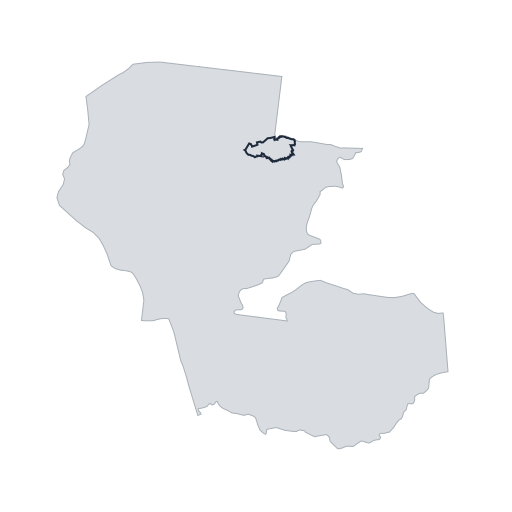 Manyinga, North-Western, Zambia shown in context, rotated 97°
{"feature_id": "96606910B15136159078795", "entity_name": "Manyinga", "entity_type": "district", "adm_level": 2, "iso_a3": "ZMB", "parent_name": "Zambia", "parent_adm1": "North-Western", "projection": "equal_earth", "projection_center": [24.317, -13.081], "detail": "fine", "context": "in_parent", "style": "outline", "palette": "slate", "viewbox_px": 512, "rotation_deg": 97, "n_neighbors": 0, "source": "geoboundaries", "source_scale": "gbopen_adm2", "svg_char_len": 8353}
<svg xmlns="http://www.w3.org/2000/svg" viewBox="0 0 512 512"><g transform="rotate(97 256 256)"><path d="M334.0,361.8L313.5,361.9L306.0,364.1L299.9,367.4L292.5,372.5L288.3,376.1L287.1,378.1L286.5,382.5L286.5,389.2L285.7,394.1L283.4,398.6L272.3,404.0L265.0,408.4L257.9,413.6L252.5,420.4L248.7,428.7L242.6,438.9L229.7,457.3L222.3,460.7L216.2,459.9L208.7,456.1L202.8,455.4L198.4,457.8L194.3,457.0L190.6,453.2L187.5,451.8L185.0,452.8L181.8,452.6L175.9,450.5L170.8,444.0L168.0,441.3L165.9,440.2L159.8,439.2L145.8,437.7L131.2,440.9L118.4,444.2L105.3,429.6L92.7,414.2L90.1,410.2L85.3,405.1L81.9,402.5L80.6,401.3L77.1,387.5L75.2,374.8L74.7,252.2L132.4,252.2L136.1,251.7L136.2,250.4L133.6,243.8L133.7,241.5L134.4,237.0L137.0,228.1L137.1,225.2L135.9,215.4L136.1,210.0L136.7,199.1L136.3,195.3L137.7,190.4L138.1,187.1L138.7,185.7L138.0,182.0L136.8,168.9L136.2,163.4L139.6,164.3L140.8,166.9L141.4,169.9L143.0,170.0L147.1,171.8L148.6,174.2L149.5,179.5L148.9,182.1L147.6,184.3L148.9,186.2L151.7,187.5L153.3,187.1L157.9,183.5L162.2,182.2L164.4,181.3L174.0,178.9L175.9,177.7L177.2,177.7L178.1,178.7L177.3,182.4L177.0,185.7L178.2,191.9L179.1,194.8L181.0,196.9L182.5,198.0L184.1,200.2L187.4,199.9L194.7,203.0L196.9,204.5L200.0,206.0L202.2,206.5L209.7,207.6L217.7,209.4L221.8,209.5L224.7,209.1L226.8,208.2L228.0,207.2L228.6,206.3L231.7,194.5L233.2,193.6L235.2,193.0L236.3,194.1L237.6,201.5L243.3,208.2L245.2,213.9L246.7,218.7L247.9,220.0L250.1,221.7L253.6,222.2L256.7,222.4L272.1,230.6L273.8,232.1L275.7,236.5L276.8,241.5L278.0,245.4L280.0,246.1L281.8,246.4L283.5,249.1L284.9,251.4L289.4,261.1L290.0,265.0L292.2,267.5L295.2,268.6L298.0,268.8L299.6,267.6L303.6,265.6L306.7,263.3L308.9,262.5L310.3,263.0L311.3,264.6L311.9,269.4L314.1,271.1L315.7,270.4L316.3,268.5L316.4,267.6L316.7,217.0L315.3,217.4L313.5,218.8L309.4,219.0L307.8,220.0L307.3,221.7L307.6,223.8L307.7,226.6L307.1,228.0L305.3,228.5L302.7,227.4L298.0,226.0L294.0,225.1L291.3,221.3L287.5,215.6L285.0,212.7L279.0,206.7L278.0,205.5L276.2,202.7L274.6,198.0L273.1,192.5L272.3,189.0L273.8,183.6L277.4,166.0L278.3,160.5L281.2,155.0L281.5,150.0L280.3,143.6L280.6,140.1L281.1,119.9L280.4,113.5L278.4,106.5L274.1,96.6L274.1,94.5L280.9,88.1L282.9,85.7L286.4,80.5L288.8,76.1L290.3,72.5L290.8,67.9L289.7,63.5L292.0,62.7L347.5,51.3L348.3,54.3L350.0,59.3L351.8,63.0L354.2,66.3L356.2,68.2L357.6,68.8L366.1,68.6L369.2,70.6L371.8,73.1L372.4,76.9L374.2,79.4L376.1,81.3L376.9,81.5L378.3,81.0L380.6,81.0L382.7,81.8L383.7,82.7L383.8,85.9L384.4,87.4L387.3,87.9L390.2,88.2L393.0,90.4L396.1,90.8L399.6,91.7L401.3,94.0L405.0,96.4L409.6,98.6L414.7,102.2L414.8,103.3L415.6,105.4L416.5,106.9L416.6,109.1L417.0,111.2L418.3,111.7L419.3,111.8L420.4,110.3L421.7,110.4L423.2,111.3L423.7,113.7L424.8,116.9L426.7,119.1L427.9,121.2L427.4,125.1L426.6,128.6L429.1,132.0L432.4,135.3L433.3,136.8L433.5,141.7L434.0,143.4L436.2,147.4L437.3,150.1L437.2,151.7L431.1,159.7L427.3,161.0L425.7,162.6L424.7,164.3L427.0,172.4L428.3,175.4L427.1,179.2L424.7,185.7L423.6,186.2L423.3,191.1L424.0,192.9L425.2,194.3L425.6,197.6L425.5,205.9L423.8,215.2L426.5,223.4L427.4,224.3L431.1,224.3L431.8,225.0L430.8,227.3L428.2,230.9L423.3,233.7L416.4,236.8L415.0,239.8L414.0,244.0L414.7,246.6L415.6,248.0L415.3,251.8L414.7,255.7L414.8,258.8L414.5,261.6L413.6,262.9L412.3,267.0L410.8,271.2L409.6,273.1L407.8,275.1L405.1,276.7L405.1,277.6L408.2,279.5L409.0,280.8L409.2,281.7L407.9,283.8L409.3,285.1L411.1,286.2L412.7,288.9L414.5,294.1L414.8,294.7L415.3,294.7L416.4,294.2L418.3,292.1L419.7,291.3L421.3,294.3L392.4,307.2L385.7,309.8L375.6,314.3L372.3,316.0L369.7,317.7L342.9,327.7L338.7,329.7L329.2,334.8L328.9,335.7L329.0,338.0L329.8,342.8L331.4,347.2L332.7,349.7L333.6,356.2L334.0,361.8Z" fill="#d9dde1" stroke="#a8b0b8" stroke-width="1"/><path d="M145.1,276.4L145.1,276.5L151.7,279.4L152.2,280.2L152.6,279.5L152.9,279.1L154.2,278.4L155.2,277.7L155.6,276.9L156.3,276.3L156.5,275.5L156.5,275.2L156.3,274.4L156.4,273.8L156.7,273.5L156.8,273.2L157.0,272.8L157.1,271.3L157.2,270.9L157.4,270.3L158.1,269.2L157.8,268.7L157.4,268.2L157.0,267.1L156.9,266.8L156.5,266.8L156.2,266.9L156.3,263.2L156.1,263.5L155.6,263.6L155.4,263.4L155.0,262.8L154.6,262.8L154.0,262.7L154.3,262.1L154.3,261.9L154.1,261.4L154.1,261.1L153.9,261.0L153.7,261.2L153.8,260.8L153.8,260.7L154.0,260.6L154.4,260.6L154.8,260.1L155.1,259.9L155.3,259.8L155.6,259.9L155.8,259.9L155.5,259.3L155.8,259.0L155.9,258.6L156.1,258.2L156.7,257.7L156.9,257.7L156.9,257.4L157.0,257.3L157.3,257.3L157.5,257.2L157.3,256.7L157.1,256.5L157.2,256.4L157.1,256.1L156.8,256.1L156.9,255.9L157.0,255.9L156.9,255.7L156.9,255.4L157.0,255.4L157.0,255.2L157.2,255.3L157.1,255.2L157.3,255.1L157.5,254.9L157.4,254.6L157.5,254.5L157.6,254.4L157.6,254.2L157.7,254.4L157.8,254.3L157.9,254.2L158.1,254.1L158.3,253.8L158.2,253.6L158.2,253.4L158.3,253.3L158.2,253.2L158.4,253.0L158.4,252.7L158.5,252.7L158.6,252.8L158.7,252.7L158.8,252.7L159.0,252.8L159.1,252.6L159.3,252.6L159.3,252.4L159.4,252.0L159.4,251.8L159.3,251.7L159.5,251.6L159.7,251.8L159.8,252.0L159.9,251.9L160.0,251.7L159.7,251.4L159.7,250.9L159.6,250.5L159.7,250.4L159.7,250.2L159.8,250.4L160.0,250.4L159.7,250.0L159.5,249.9L159.6,249.1L159.8,248.9L159.5,248.7L159.3,248.3L159.4,248.0L159.2,247.8L159.3,247.4L159.2,247.4L158.8,247.4L158.7,246.9L158.8,246.6L158.6,246.2L158.7,245.9L158.5,245.7L158.4,245.5L158.1,245.2L157.8,245.6L157.9,245.3L157.7,245.2L157.7,244.9L157.6,244.7L157.7,244.9L157.8,244.8L157.6,244.5L157.6,244.4L157.4,244.3L157.5,244.1L157.5,243.9L157.6,243.7L157.3,243.5L157.3,243.3L157.2,243.3L157.0,243.2L157.3,243.0L157.2,242.5L157.2,242.4L156.8,242.2L157.0,241.9L156.8,241.7L156.7,241.3L156.6,241.1L156.4,241.1L156.5,240.9L156.7,241.1L156.7,240.7L156.4,240.4L156.5,240.3L156.5,240.0L156.6,239.9L156.7,239.7L156.4,239.6L156.6,239.4L156.4,239.2L156.4,239.4L156.2,239.2L156.1,239.3L156.0,239.2L156.0,238.7L155.9,238.7L156.0,238.6L156.0,238.4L155.8,238.2L155.7,237.8L155.6,237.4L155.5,237.2L155.3,237.5L155.3,237.4L155.1,237.3L155.0,236.9L155.1,236.7L154.8,236.8L154.2,236.3L154.3,236.2L154.0,235.8L154.3,235.7L154.4,235.8L154.5,235.8L154.5,235.5L154.4,235.5L154.2,235.1L153.8,235.3L153.6,235.2L153.4,235.4L153.3,235.1L153.5,235.0L153.7,234.9L153.2,234.9L153.2,235.0L153.1,234.6L152.9,234.4L152.8,234.1L152.7,234.1L152.8,234.2L152.8,234.3L152.5,234.3L152.6,234.0L152.5,233.8L152.6,233.7L152.4,233.6L152.4,233.8L152.0,233.7L151.8,233.7L151.6,233.7L151.4,233.4L151.4,233.2L151.3,233.3L151.3,233.1L151.1,232.9L151.2,232.7L150.9,232.5L150.8,232.4L150.8,232.2L150.5,232.1L150.6,231.8L150.6,231.7L150.5,231.8L150.4,231.8L150.4,231.4L150.3,231.5L150.2,231.4L150.0,231.6L149.8,232.0L149.6,232.2L149.5,232.4L149.3,232.3L149.1,232.4L149.0,232.5L148.7,233.0L148.4,233.1L148.2,233.4L147.7,233.5L147.2,233.3L147.2,233.0L147.2,232.6L147.1,232.4L146.8,232.0L146.5,232.0L144.5,233.6L144.3,233.8L143.3,234.3L142.9,234.7L142.0,234.8L141.8,235.0L141.7,234.0L141.7,233.7L141.7,233.4L141.5,233.1L141.3,232.3L141.4,231.9L141.5,231.7L141.5,231.3L140.9,231.2L140.7,231.1L140.3,230.9L139.7,231.1L139.3,231.3L138.4,231.4L138.0,231.5L137.4,231.3L137.0,231.6L136.4,231.9L136.3,232.1L136.1,232.0L135.9,232.2L135.8,232.5L135.6,233.0L135.6,233.8L135.7,234.0L135.7,234.5L135.7,235.4L135.2,237.7L135.1,237.9L135.0,238.4L134.7,238.8L134.8,239.1L134.9,239.4L135.0,239.4L135.1,239.6L135.1,239.8L135.1,240.0L134.9,240.4L134.5,241.0L134.3,242.1L134.2,242.2L134.2,242.3L134.1,242.6L134.1,242.8L134.1,242.7L134.2,242.8L134.1,243.2L134.1,243.4L134.0,243.8L134.1,244.0L134.0,244.3L134.2,244.7L134.0,245.1L133.9,245.5L134.0,245.7L134.4,245.8L134.4,246.0L134.4,246.3L134.6,246.2L134.6,246.3L134.8,246.5L134.8,246.4L134.9,246.5L135.0,247.0L134.9,247.2L135.0,247.3L135.1,247.5L135.3,247.6L135.4,247.8L135.5,247.8L135.8,247.8L136.0,248.0L136.3,248.0L136.5,248.1L136.6,248.3L136.6,248.2L136.8,248.4L136.8,248.5L137.0,248.9L137.1,249.0L137.3,249.4L137.5,249.4L137.7,249.7L137.9,249.7L137.9,249.8L138.0,249.7L138.0,249.8L138.1,250.0L138.1,250.3L138.0,250.5L138.1,250.8L138.0,251.0L138.3,251.3L138.5,251.6L138.8,251.8L138.8,252.0L139.0,252.1L135.6,252.1L137.2,256.4L137.6,258.4L137.7,258.7L138.0,259.1L138.7,259.6L142.4,262.9L142.6,264.1L142.7,264.5L142.3,265.1L141.9,265.5L143.1,268.9L145.4,268.1L146.1,269.4L147.9,273.2L147.6,273.3L147.2,273.2L146.7,273.8L146.3,274.4L146.1,274.5L145.7,274.6L145.7,274.9L145.5,275.1L145.4,275.7L145.2,276.0L145.2,276.3L145.1,276.4Z" fill="none" stroke="#1e293b" stroke-width="2"/></g></svg>